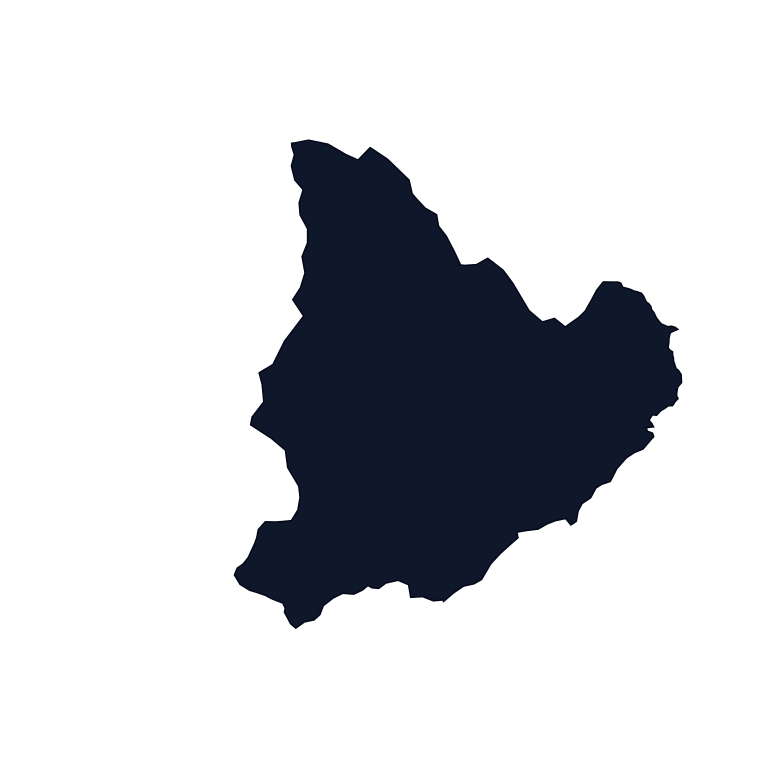 the district of Statos Agios Fotios, Paphos, Cyprus, rotated 44°
{"feature_id": "46923920B39520008883150", "entity_name": "Statos Agios Fotios", "entity_type": "district", "adm_level": 2, "iso_a3": "CYP", "parent_name": "Cyprus", "parent_adm1": "Paphos", "projection": "orthographic", "projection_center": [32.607, 34.88], "detail": "fine", "context": "isolated", "style": "filled", "palette": "ink", "viewbox_px": 768, "rotation_deg": 44, "n_neighbors": 0, "source": "geoboundaries", "source_scale": "gbopen_adm2", "svg_char_len": 2486}
<svg xmlns="http://www.w3.org/2000/svg" viewBox="0 0 768 768"><g transform="rotate(44 384 384)"><path d="M481.6,148.1L470.8,158.3L471.8,168.6L475.0,179.8L478.1,191.9L477.8,201.1L474.7,217.1L461.1,218.4L454.8,229.4L437.4,230.5L406.8,222.1L390.6,219.4L371.3,221.5L367.6,233.9L359.8,242.5L356.4,245.2L342.6,239.9L326.1,234.4L313.6,232.6L304.2,225.7L291.4,228.9L279.1,228.3L272.1,227.6L260.3,219.9L246.2,219.9L230.3,219.9L219.6,221.8L209.8,223.6L209.8,241.0L197.1,245.5L177.1,250.4L160.4,261.0L151.8,273.3L150.3,275.0L153.1,277.4L160.3,281.3L165.9,291.4L178.1,299.2L190.9,300.4L197.1,312.6L206.3,320.7L221.2,325.4L231.0,335.6L236.6,349.3L250.0,358.9L257.1,372.9L259.8,386.7L279.0,390.9L282.7,422.3L290.6,447.1L286.4,462.7L296.5,468.8L309.9,480.3L312.1,499.4L316.4,506.0L340.7,501.3L359.1,500.1L372.8,511.0L393.7,516.7L402.4,523.9L409.6,534.5L412.3,546.7L402.5,558.0L394.3,565.6L394.7,576.0L399.3,583.0L401.9,588.8L406.9,603.2L407.7,611.3L406.3,618.5L409.1,625.3L412.6,626.2L419.7,628.1L430.6,625.7L437.6,622.1L445.8,618.3L451.8,616.7L463.4,611.9L468.7,613.9L470.9,617.3L483.3,621.3L490.1,620.9L492.1,610.3L497.5,602.4L498.1,594.4L494.3,585.6L496.1,573.2L499.7,563.2L508.2,556.2L511.6,547.3L512.4,540.1L517.0,538.9L522.2,534.7L523.6,525.9L530.5,515.4L541.1,511.3L551.4,518.9L559.5,510.1L570.1,505.7L576.3,498.5L577.9,499.1L578.0,498.3L579.1,486.3L581.6,474.1L587.5,465.3L590.0,456.9L585.7,439.3L585.4,425.3L586.3,411.5L587.2,401.5L582.5,398.3L588.2,390.5L595.6,381.4L598.4,371.7L602.2,363.3L608.1,354.6L616.3,355.6L616.7,354.0L617.7,349.2L611.9,340.6L609.5,332.4L611.7,322.3L608.7,311.7L610.3,304.9L614.5,296.9L610.3,283.2L609.6,268.8L611.8,259.1L615.5,250.9L614.6,237.1L614.7,234.7L613.4,233.8L611.1,232.8L606.2,235.1L603.1,233.2L605.6,230.0L607.7,227.6L604.1,226.4L599.8,226.0L599.7,225.8L598.5,219.7L601.8,217.2L601.6,211.4L603.0,205.8L603.6,202.3L606.6,199.1L605.6,194.0L605.7,190.3L602.5,189.1L600.1,186.2L597.5,182.3L597.5,182.2L597.4,182.1L597.1,176.4L594.4,173.8L591.1,170.7L585.8,169.6L583.6,170.1L576.0,166.1L574.4,164.4L571.0,162.3L569.3,160.4L566.4,161.0L563.2,160.6L560.1,156.3L557.4,153.4L554.8,149.2L554.7,149.0L554.5,147.5L555.5,144.9L557.4,140.6L554.3,140.9L550.8,142.6L548.3,145.7L541.5,148.2L534.1,147.2L528.5,145.1L524.8,144.6L522.0,142.8L518.5,142.3L516.0,142.8L513.1,141.8L510.4,140.7L508.8,140.3L506.2,139.9L502.1,141.7L499.2,143.5L495.6,144.7L492.1,146.5L488.6,148.6L484.3,147.0L482.2,147.8L481.6,148.1Z" fill="#0f172a" stroke="#020617" stroke-width="1.5"/></g></svg>